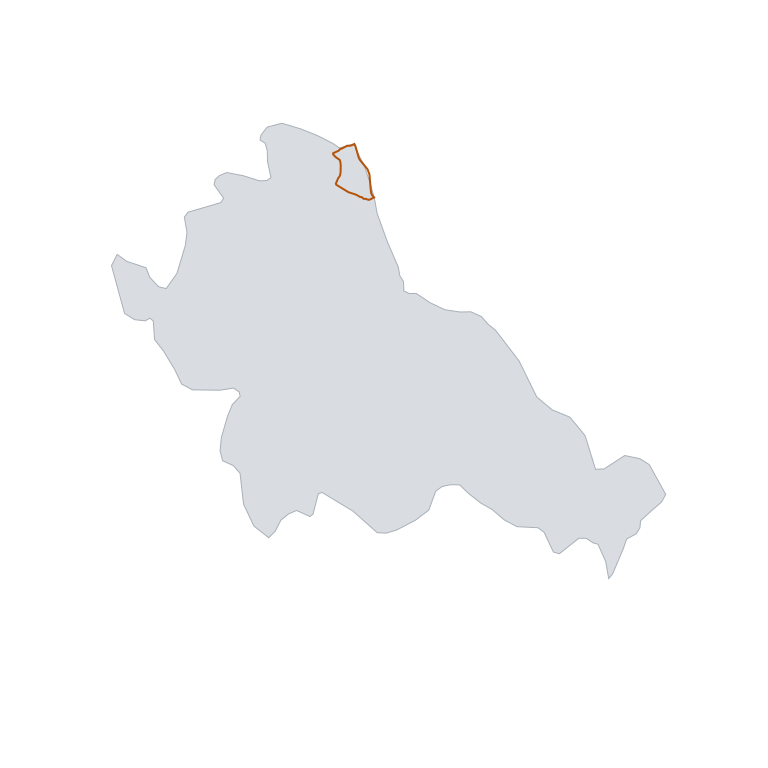 Kranjska Gora highlighted on a map of Slovenia, rotated 60°
{"feature_id": "SVN-1014", "entity_name": "Kranjska Gora", "entity_type": "Municipality", "adm_level": 1, "iso_a3": "SVN", "parent_name": "Slovenia", "parent_adm1": "", "projection": "orthographic", "projection_center": [13.827, 46.45], "detail": "fine", "context": "in_parent", "style": "outline", "palette": "amber", "viewbox_px": 768, "rotation_deg": 60, "n_neighbors": 0, "source": "natural_earth", "source_scale": "10m", "svg_char_len": 2303}
<svg xmlns="http://www.w3.org/2000/svg" viewBox="0 0 768 768"><g transform="rotate(60 384 384)"><path d="M664.9,286.7L648.8,280.8L629.7,278.8L626.2,282.3L618.7,286.1L615.0,292.4L618.7,317.0L614.2,321.3L592.5,319.5L585.4,322.6L574.1,340.1L562.2,347.6L546.9,353.1L535.7,359.6L521.4,365.4L509.2,368.9L504.6,376.5L501.8,384.9L502.7,392.8L515.6,408.3L517.7,425.1L516.8,445.8L514.2,456.8L509.4,464.2L478.7,474.4L446.9,491.9L446.2,495.8L461.2,510.5L461.8,514.3L449.8,523.0L448.8,531.6L450.4,541.5L457.0,551.6L459.5,560.7L441.9,567.7L417.8,565.7L389.3,553.3L379.3,555.3L369.8,562.1L359.9,559.4L349.0,551.6L333.5,535.4L325.9,525.5L322.8,514.8L318.6,513.3L312.3,516.4L307.2,529.5L293.2,552.9L282.8,559.3L266.9,558.0L244.7,558.5L230.9,560.5L214.0,552.3L209.9,553.9L209.9,559.3L203.6,567.8L193.2,573.4L145.2,560.8L138.4,550.3L149.3,545.4L164.3,532.0L174.5,533.5L187.0,530.6L192.5,524.9L184.6,507.9L164.7,486.8L154.2,478.8L139.7,473.5L137.2,467.8L145.3,434.7L142.9,430.0L126.4,431.5L122.5,428.0L121.2,422.3L122.3,414.4L133.5,401.5L145.9,390.2L149.2,383.7L148.8,378.7L133.0,373.6L123.5,368.4L116.0,366.5L110.8,369.4L106.9,366.1L103.1,356.6L107.1,342.1L121.3,328.7L136.5,316.8L149.8,308.2L157.4,304.4L161.1,289.5L168.9,291.1L184.6,291.9L202.0,295.3L218.3,299.4L232.6,304.6L262.7,310.0L290.0,313.2L298.3,316.2L305.0,315.9L313.4,320.3L318.3,316.8L321.7,310.8L336.6,303.5L350.2,294.1L359.7,282.1L364.9,272.7L374.2,266.0L384.2,264.0L393.3,260.5L431.9,255.5L471.6,258.2L490.4,251.3L505.7,239.6L528.3,235.8L529.5,235.7L563.7,243.5L566.2,238.4L567.6,236.1L566.3,211.3L576.7,199.7L586.5,194.6L620.4,195.2L625.0,202.6L627.2,214.4L630.7,230.1L636.5,234.3L639.8,240.4L639.6,251.4L646.5,259.4L662.8,281.0L664.9,286.7Z" fill="#d9dde1" stroke="#a8b0b8" stroke-width="1"/><path d="M158.5,304.1L159.0,303.2L159.3,296.5L160.3,295.2L160.9,293.5L161.3,291.7L161.3,289.7L164.0,289.9L175.8,292.8L178.2,292.8L189.8,290.9L195.2,291.8L211.6,299.5L214.6,299.9L217.4,299.3L217.3,302.8L217.0,305.0L215.6,306.4L214.7,307.0L213.4,309.1L211.1,309.8L209.8,311.4L207.7,312.5L205.4,314.1L200.1,318.9L187.6,325.7L186.4,325.5L183.3,321.4L182.7,320.5L182.1,318.9L181.0,317.4L178.7,315.6L173.1,312.2L170.2,310.9L167.9,310.3L163.3,312.4L161.5,312.9L159.6,313.2L158.7,312.5L159.3,306.8L158.5,304.1Z" fill="none" stroke="#b45309" stroke-width="2"/></g></svg>